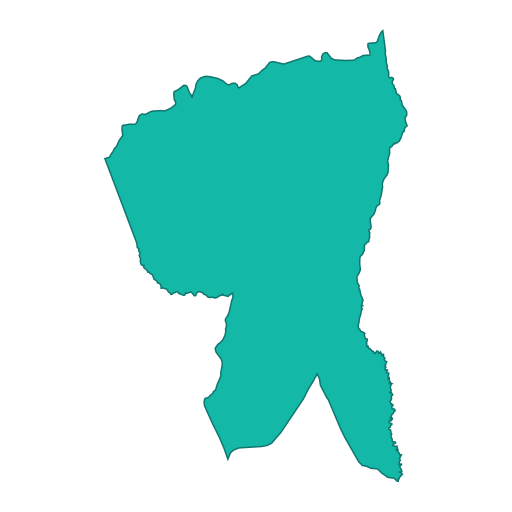 Banteay Ampil, Otdar Mean Chey, Cambodia (Equal Earth projection)
{"feature_id": "14789045B51919019110008", "entity_name": "Banteay Ampil", "entity_type": "district", "adm_level": 2, "iso_a3": "KHM", "parent_name": "Cambodia", "parent_adm1": "Otdar Mean Chey", "projection": "equal_earth", "projection_center": [103.311, 14.149], "detail": "fine", "context": "isolated", "style": "filled", "palette": "teal", "viewbox_px": 512, "rotation_deg": 0, "n_neighbors": 0, "source": "geoboundaries", "source_scale": "gbopen_adm2", "svg_char_len": 6044}
<svg xmlns="http://www.w3.org/2000/svg" viewBox="0 0 512 512"><path d="M396.9,481.0L398.3,481.3L398.1,479.2L399.0,479.0L399.1,478.2L400.5,476.1L402.4,474.3L401.3,472.9L399.6,472.1L401.8,471.6L401.6,470.3L399.7,466.6L399.8,466.1L401.5,464.7L401.6,464.2L401.1,463.9L398.9,464.4L399.4,461.5L400.3,460.5L399.6,458.9L399.9,457.7L401.4,454.8L399.8,454.8L398.9,452.6L398.1,452.0L397.9,450.1L397.2,450.8L396.3,450.0L396.3,449.4L397.4,448.6L397.0,446.2L395.0,446.4L392.7,445.3L393.3,444.1L395.0,443.5L395.6,442.8L395.4,442.1L392.6,441.6L392.2,440.9L392.2,439.1L391.0,437.0L391.0,436.2L391.7,434.1L391.0,433.1L390.7,430.6L390.4,429.9L388.9,429.4L388.6,428.7L388.9,427.9L390.3,427.1L390.7,425.2L391.8,424.6L391.9,423.9L389.4,422.8L389.0,422.1L389.2,420.7L391.1,420.8L390.6,419.4L390.5,417.8L390.9,417.7L391.7,419.3L392.4,419.3L392.2,418.2L391.2,416.9L391.3,415.9L392.0,414.4L393.4,413.2L394.0,411.6L395.2,410.7L394.5,409.1L392.1,408.7L391.8,406.2L392.0,405.6L393.0,405.6L392.9,404.9L391.4,403.7L390.7,403.7L390.1,400.5L391.3,399.9L391.3,398.8L391.6,398.5L391.2,396.5L391.5,395.7L392.5,395.3L392.6,394.6L391.2,392.3L389.9,392.9L389.8,392.4L391.0,391.0L391.2,390.3L390.2,387.3L391.3,384.1L392.0,383.7L391.3,383.4L390.5,382.4L389.6,383.8L389.2,383.3L389.5,382.0L389.2,377.8L388.2,378.7L388.0,376.4L388.7,374.5L388.7,373.0L386.8,372.9L386.5,372.3L386.7,371.6L387.6,370.3L387.2,369.8L385.6,369.9L384.9,368.9L385.9,367.2L385.0,366.8L384.6,365.7L385.7,365.0L385.6,364.3L386.7,361.7L384.5,360.6L384.6,359.9L384.2,359.4L384.9,358.1L383.7,357.2L383.5,354.5L382.1,355.6L381.8,355.0L382.0,354.2L381.1,353.5L380.5,351.9L380.1,352.4L380.4,353.2L378.7,353.4L378.7,352.4L377.7,351.1L376.7,351.1L376.5,352.0L375.6,352.4L375.2,353.5L374.2,353.5L373.4,351.4L372.1,350.9L369.6,348.4L368.7,348.5L368.0,346.3L367.5,346.8L366.7,346.4L367.2,345.9L366.5,344.2L366.8,342.9L366.3,342.1L367.2,340.7L367.3,339.1L365.4,338.7L364.4,335.6L364.4,334.1L364.9,333.6L363.6,332.4L360.6,331.2L359.8,329.3L358.5,328.4L358.4,326.4L358.0,325.9L358.8,323.3L359.5,317.9L360.5,315.4L361.3,310.5L362.4,308.9L361.2,307.4L361.5,306.3L362.8,305.7L361.6,304.5L362.3,303.0L362.1,302.3L362.6,301.8L363.0,299.8L362.2,298.6L362.1,297.4L361.0,295.7L359.6,289.2L358.7,288.2L359.2,285.9L357.4,282.6L356.9,277.5L357.1,276.2L359.1,273.1L360.4,269.6L359.7,264.3L359.8,258.0L360.5,256.1L361.6,255.3L363.3,253.0L363.4,251.8L364.3,250.7L364.5,244.8L365.9,243.9L366.6,242.6L368.5,241.8L368.8,241.0L369.0,239.3L369.7,237.5L369.4,234.6L369.9,233.1L368.7,230.8L369.0,229.9L370.1,229.4L370.9,228.0L371.1,226.6L370.2,220.3L370.6,218.0L373.9,214.1L375.1,211.3L376.0,207.7L376.7,206.5L377.2,205.7L379.4,204.4L379.9,203.1L379.5,200.6L381.1,195.8L382.6,186.8L382.3,184.6L382.7,181.9L384.2,178.7L387.2,174.6L388.0,172.2L388.5,164.8L387.6,161.1L388.5,157.2L389.7,153.4L389.5,149.3L389.9,147.5L390.1,147.1L391.6,146.9L393.9,143.4L394.7,144.0L395.3,143.7L395.7,142.9L396.9,143.0L399.3,141.1L400.9,137.9L402.8,132.3L404.2,131.3L404.6,128.7L405.1,127.5L407.0,126.0L407.1,125.5L405.9,122.8L405.1,119.4L405.1,117.7L406.7,115.3L406.7,112.0L405.4,109.4L402.1,104.9L401.7,101.7L401.1,100.3L400.3,99.7L400.2,97.0L399.6,95.7L396.5,93.5L395.4,88.7L394.5,88.4L393.9,85.5L392.2,83.5L392.5,80.7L393.5,79.5L393.1,78.3L391.8,77.4L389.7,77.9L388.5,76.5L388.8,72.6L388.1,70.4L387.1,68.5L387.4,66.2L386.2,62.3L386.2,58.5L385.2,53.8L385.5,51.0L382.8,30.7L381.1,32.3L379.2,35.9L377.2,41.7L375.5,42.8L369.8,43.1L368.0,43.7L367.9,46.8L369.2,49.8L370.2,53.7L370.0,55.0L363.0,55.5L359.9,57.3L357.4,57.8L354.2,60.2L345.3,60.5L334.9,59.9L331.5,58.5L326.9,52.6L325.3,52.7L323.0,53.8L321.6,56.8L321.8,59.3L320.7,61.2L318.3,61.3L315.0,60.6L309.7,56.2L308.2,56.0L283.8,64.1L274.1,61.8L271.8,61.7L269.6,62.5L265.2,68.1L262.1,70.3L258.5,73.9L251.9,75.9L245.9,83.3L238.9,87.9L238.1,87.4L237.2,84.7L235.2,83.3L232.0,83.3L229.7,84.7L228.2,84.9L226.7,84.2L223.1,81.0L218.2,78.6L210.3,76.7L206.2,76.3L203.7,76.8L200.4,78.1L197.7,80.8L195.9,84.8L195.5,87.9L192.6,95.4L192.1,97.3L191.7,97.0L191.1,94.9L189.4,92.7L187.1,86.7L185.9,85.5L183.8,85.3L178.2,89.7L174.2,91.6L173.8,93.4L174.1,98.1L174.4,100.0L175.6,102.0L175.7,104.3L171.0,108.1L164.7,111.0L161.3,110.6L152.6,111.1L150.1,111.9L145.5,114.4L141.9,114.0L139.6,115.4L138.8,116.6L137.2,121.6L135.8,123.8L135.0,124.3L129.0,124.2L125.0,125.2L123.1,125.1L122.2,126.0L122.0,130.1L122.8,135.4L119.2,140.4L116.5,146.5L114.5,148.4L113.1,151.5L111.6,153.3L109.5,157.2L104.9,158.6L136.3,241.8L137.2,245.3L137.0,246.6L137.6,247.8L138.9,248.8L138.7,250.5L140.0,253.6L139.2,255.4L140.5,258.9L140.3,261.3L141.0,264.3L142.4,265.5L143.8,265.2L143.8,267.6L147.3,270.5L147.6,272.1L149.3,272.2L150.0,273.4L152.6,274.9L153.9,279.0L157.0,281.1L157.5,282.9L159.5,283.5L160.4,284.5L161.0,286.0L161.1,288.2L162.9,288.0L166.8,289.2L168.5,292.0L170.4,293.2L170.8,294.4L171.4,294.5L174.9,292.3L175.5,292.4L175.6,291.8L177.1,291.7L178.4,292.3L178.6,293.4L183.9,295.4L185.1,294.7L185.5,292.9L187.2,293.3L190.2,292.1L191.5,292.3L194.1,295.5L194.9,295.9L195.7,295.4L197.1,292.3L199.7,291.6L203.1,293.0L203.7,294.2L206.0,295.0L208.1,297.2L211.0,297.5L212.6,297.1L214.9,298.1L217.5,297.3L219.0,296.0L221.7,295.2L222.4,294.0L223.2,295.2L228.3,296.4L228.9,295.3L230.8,294.4L231.6,293.4L232.2,293.0L232.9,293.9L232.9,297.6L231.8,300.3L229.3,311.6L228.1,314.9L225.5,319.0L225.3,320.3L226.4,323.8L226.3,327.0L225.6,328.6L225.7,331.9L225.0,335.3L222.8,339.8L220.1,342.8L218.1,344.1L215.5,347.7L215.2,348.8L216.1,352.2L221.0,358.7L222.2,362.2L222.1,365.7L220.9,372.0L220.7,376.4L217.4,384.0L215.7,389.7L213.3,391.8L212.8,393.4L210.1,395.5L208.9,397.1L206.2,398.3L205.4,398.1L204.4,399.9L204.1,402.7L204.6,405.9L211.7,421.8L219.5,437.7L224.0,448.2L227.9,459.2L230.4,452.9L233.5,450.1L238.9,447.9L261.5,446.5L267.2,445.4L271.6,443.2L280.9,432.4L303.4,398.9L308.6,388.6L313.1,381.4L317.2,373.8L319.5,378.9L320.4,385.3L327.1,398.2L328.2,399.4L340.9,429.5L345.1,437.9L358.9,462.1L360.9,463.8L362.2,465.5L366.6,466.3L370.8,468.3L376.9,468.8L378.5,469.8L381.9,473.2L387.9,477.4L394.2,478.2L396.9,481.0Z" fill="#14b8a6" stroke="#0f766e" stroke-width="1.5"/></svg>